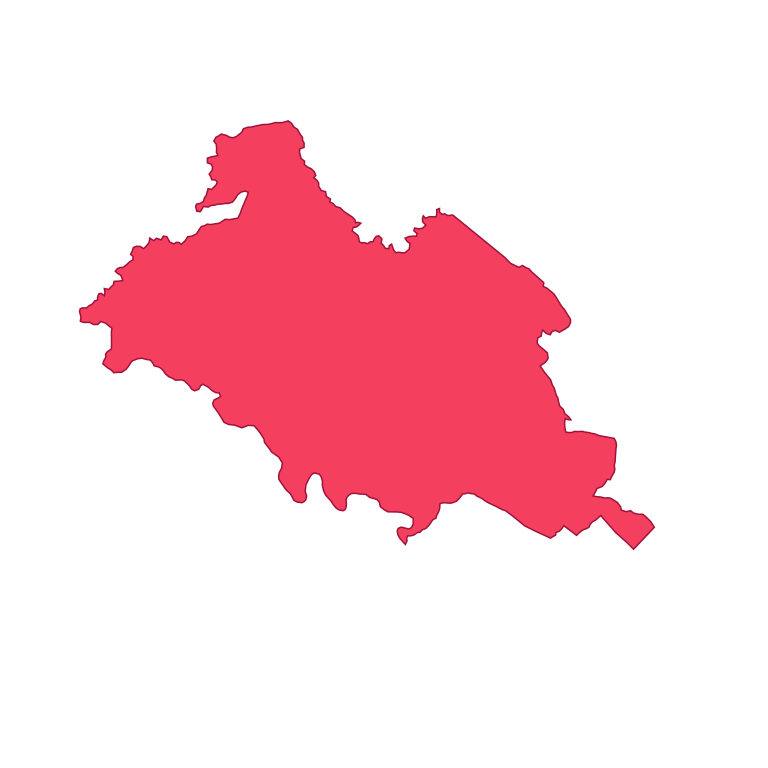 Londrina, Paraná, Brazil, rotated 135°
{"feature_id": "56859067B34641840661798", "entity_name": "Londrina", "entity_type": "district", "adm_level": 2, "iso_a3": "BRA", "parent_name": "Brazil", "parent_adm1": "Paraná", "projection": "robinson", "projection_center": [-51.103, -23.475], "detail": "fine", "context": "isolated", "style": "filled", "palette": "rose", "viewbox_px": 768, "rotation_deg": 135, "n_neighbors": 0, "source": "geoboundaries", "source_scale": "gbopen_adm2", "svg_char_len": 6167}
<svg xmlns="http://www.w3.org/2000/svg" viewBox="0 0 768 768"><g transform="rotate(135 384 384)"><path d="M282.9,492.5L285.2,493.9L287.8,493.6L291.1,492.4L292.9,494.2L296.3,494.8L298.0,497.8L300.0,499.5L300.9,502.1L299.3,504.1L297.6,506.9L297.6,510.0L298.3,514.7L295.0,516.5L292.9,514.7L290.3,514.1L286.7,514.1L288.0,516.7L290.0,518.1L288.4,520.8L288.4,524.8L290.0,532.4L290.4,535.1L290.4,539.6L292.6,543.6L292.4,547.6L293.6,551.3L291.1,552.5L292.1,557.5L289.3,561.3L291.5,565.1L290.5,569.8L288.2,572.2L287.3,575.5L287.8,579.4L284.7,579.8L283.2,583.3L283.2,587.2L284.7,591.7L285.2,595.4L282.6,597.7L283.2,601.9L280.2,607.2L277.5,609.8L273.2,607.8L270.1,610.9L269.3,613.8L267.2,616.1L266.6,620.2L265.1,625.3L266.0,629.3L265.0,633.9L265.7,637.9L268.0,639.0L271.8,641.3L275.8,645.5L282.2,649.4L286.1,653.1L294.1,658.3L296.3,659.6L298.8,661.9L302.9,663.9L306.6,662.6L313.7,663.4L316.7,665.0L318.6,667.6L319.6,671.2L322.4,675.9L325.0,676.2L328.4,677.3L332.5,676.2L333.1,672.1L336.1,668.6L338.7,666.4L339.9,662.9L345.1,666.5L349.1,668.6L352.5,665.3L350.9,662.0L351.5,659.1L354.2,656.7L359.2,656.0L360.0,652.9L361.4,650.3L359.0,647.5L359.1,644.7L361.8,643.5L368.3,643.5L370.3,646.5L376.5,643.0L379.1,642.7L382.7,640.8L386.1,641.6L389.4,643.8L391.7,642.6L394.2,638.7L392.2,635.8L388.6,636.4L386.3,637.3L383.2,633.4L380.3,632.7L377.3,630.2L374.7,628.8L371.1,625.7L368.3,623.7L366.6,621.9L362.4,619.7L357.0,620.4L353.9,621.3L349.4,620.8L345.7,618.6L344.5,615.5L347.5,613.8L358.9,609.2L365.6,606.1L370.0,604.6L376.7,609.2L379.9,612.8L386.6,614.1L393.9,619.4L396.0,622.1L399.1,622.9L401.6,624.5L404.6,624.1L410.2,622.8L413.0,623.6L415.6,624.6L418.7,627.0L423.1,625.9L428.6,626.1L428.9,629.0L430.7,631.1L433.3,631.5L435.2,635.6L433.4,641.7L435.4,644.6L439.7,643.5L441.8,647.9L445.4,648.2L446.5,652.8L450.2,650.0L455.1,649.6L458.3,649.7L459.0,653.5L461.6,656.4L464.6,657.7L467.9,656.1L471.5,654.9L471.3,651.5L473.8,649.4L477.2,650.3L481.8,650.4L486.0,650.9L488.1,652.9L490.8,654.1L494.2,653.8L494.2,650.5L493.2,646.9L495.5,641.9L498.7,644.2L502.3,647.5L505.2,645.5L508.2,645.7L511.8,645.5L514.3,649.3L516.5,646.1L519.3,644.2L519.8,647.9L521.7,649.4L524.8,648.2L527.2,645.9L529.8,647.3L533.7,646.8L537.1,647.9L540.8,648.2L543.2,650.9L545.6,652.0L548.1,650.5L550.8,645.8L554.4,643.0L552.7,639.7L548.5,635.7L547.3,631.4L544.4,628.6L540.0,628.4L537.9,624.0L537.0,615.8L539.8,613.7L547.2,606.1L551.9,601.6L557.4,602.5L559.8,601.9L561.9,599.6L565.1,598.8L568.6,597.0L567.9,590.5L567.0,586.9L567.1,583.0L564.1,580.6L561.3,577.8L556.1,576.8L552.8,577.1L546.2,578.5L540.6,576.2L537.1,573.6L534.5,569.2L532.3,566.0L532.7,562.2L533.7,559.3L531.3,555.4L530.6,552.6L530.6,549.8L531.4,545.3L531.0,541.0L529.8,538.4L528.7,534.1L524.1,529.9L522.9,527.2L522.8,520.3L523.7,516.4L522.8,513.2L518.8,511.3L514.6,512.5L512.2,511.8L511.1,508.3L510.4,505.4L510.2,500.6L509.0,496.8L506.9,494.2L508.2,490.8L510.7,491.2L515.3,492.8L518.5,491.6L520.2,489.3L521.8,479.5L524.2,470.0L522.5,465.3L518.6,460.3L515.5,453.6L512.0,451.9L509.4,450.9L505.4,446.5L505.6,441.2L506.5,435.4L507.8,429.9L509.8,427.3L510.8,419.3L511.6,415.2L510.1,407.0L511.6,400.2L515.9,396.9L520.4,395.5L523.6,393.5L525.9,390.6L528.1,378.4L527.8,372.8L528.6,369.6L530.0,365.5L528.7,361.6L525.9,358.0L523.3,357.3L520.9,357.5L517.8,359.6L515.7,363.7L510.7,367.8L502.6,370.6L499.4,371.1L496.4,370.6L493.6,366.3L493.8,363.4L495.3,360.5L496.7,358.2L498.7,356.6L502.2,351.3L503.8,346.7L504.2,339.2L505.2,334.5L505.6,329.9L504.6,326.2L502.5,323.3L500.2,322.7L497.4,324.0L495.0,326.2L492.7,329.0L490.0,330.2L486.9,330.2L484.3,329.5L481.2,326.6L479.5,324.0L474.9,318.9L474.3,313.9L470.7,307.4L470.8,303.8L473.3,300.0L472.9,295.4L471.6,290.8L465.8,284.9L462.5,281.0L460.6,276.9L459.3,273.6L458.4,268.3L462.6,264.2L466.2,263.1L468.9,263.8L473.0,270.6L476.1,271.9L478.8,270.5L480.7,267.7L481.9,263.9L482.4,255.4L478.6,256.8L476.8,259.2L474.4,259.7L472.5,257.7L469.4,256.0L465.5,255.4L463.5,253.8L460.0,253.8L456.7,252.3L452.7,252.2L445.1,253.5L442.3,252.3L440.1,253.6L435.8,255.0L432.3,256.8L429.4,259.7L427.0,258.8L424.8,256.8L421.6,253.0L419.4,251.5L415.4,249.8L412.3,249.8L406.1,250.6L403.8,248.7L401.5,247.6L400.0,245.0L397.8,242.3L397.6,239.1L395.6,233.6L395.3,230.7L394.3,226.4L391.3,218.2L389.2,211.4L387.7,208.7L386.3,198.9L384.8,184.1L380.6,171.7L375.2,157.2L372.5,156.7L369.6,155.8L367.3,157.4L364.4,156.0L361.4,155.9L357.0,156.6L354.9,140.8L351.3,140.8L348.8,140.5L345.7,139.9L343.0,138.5L340.4,137.8L337.4,139.0L333.9,139.2L330.5,138.1L323.8,137.8L325.2,114.9L324.3,99.7L324.4,90.7L294.2,91.5L292.7,98.1L292.7,104.5L293.1,108.9L296.1,111.9L298.8,116.3L299.2,120.2L302.9,122.3L305.3,126.9L303.6,129.8L302.7,135.1L304.5,143.0L306.3,145.3L308.4,147.1L310.6,150.7L313.6,154.4L315.3,157.0L310.2,158.4L307.3,159.5L302.3,157.3L298.7,157.4L293.5,158.7L291.7,156.3L288.3,157.6L283.7,158.8L281.2,160.4L278.6,163.7L275.6,165.6L265.9,174.1L263.1,176.1L260.8,179.3L259.7,182.8L268.2,195.1L270.5,200.2L272.1,202.3L273.7,205.1L275.9,207.9L277.2,210.2L281.1,213.8L282.8,215.8L285.3,216.8L287.2,218.5L289.5,221.5L286.4,225.9L283.6,229.0L280.4,231.4L279.0,228.4L277.2,226.5L276.6,230.3L277.1,235.0L275.2,239.2L275.3,244.1L273.0,248.2L270.9,251.2L270.2,254.1L266.4,261.0L265.7,264.2L263.2,269.1L262.3,278.5L260.8,286.4L255.8,285.4L252.4,285.4L249.7,286.2L246.4,290.6L247.3,301.6L246.7,304.7L242.7,307.9L239.0,306.7L236.6,308.6L233.7,309.9L233.5,305.0L231.7,301.3L227.8,302.3L224.8,300.5L223.4,296.6L217.2,294.9L213.0,294.1L208.7,295.5L206.4,297.9L203.7,309.3L203.5,313.4L201.0,323.4L200.2,327.6L201.0,336.5L202.4,340.4L199.4,342.6L200.3,358.7L200.0,362.9L201.2,365.5L202.3,369.9L206.1,371.0L209.2,379.8L209.1,387.9L215.9,454.9L219.8,458.0L220.7,461.4L222.9,462.9L223.2,466.3L220.7,468.8L223.4,470.1L226.2,467.1L229.0,465.4L233.7,470.3L237.5,471.8L237.3,475.1L239.5,474.1L241.9,471.5L242.1,466.8L246.6,466.9L249.8,469.2L252.1,472.7L254.5,471.3L254.3,466.8L256.7,465.6L258.5,467.7L262.0,470.6L266.0,472.2L266.8,468.8L266.4,464.7L271.1,461.4L276.6,462.1L278.5,464.1L280.5,466.9L282.9,468.5L282.2,472.6L279.7,477.5L282.4,478.1L284.9,476.2L287.2,479.3L286.4,482.0L286.4,485.6L282.8,488.2L282.9,492.5Z" fill="#f43f5e" stroke="#9f1239" stroke-width="1.5"/></g></svg>